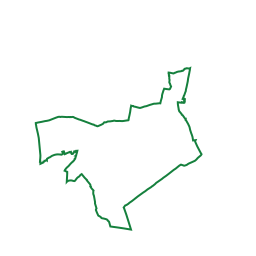 Vulpeni, Olt, Romania, rotated 311°
{"feature_id": "2599482B22802217840007", "entity_name": "Vulpeni", "entity_type": "district", "adm_level": 2, "iso_a3": "ROU", "parent_name": "Romania", "parent_adm1": "Olt", "projection": "robinson", "projection_center": [23.942, 44.455], "detail": "fine", "context": "isolated", "style": "outline", "palette": "green", "viewbox_px": 256, "rotation_deg": 311, "n_neighbors": 0, "source": "geoboundaries", "source_scale": "gbopen_adm2", "svg_char_len": 5559}
<svg xmlns="http://www.w3.org/2000/svg" viewBox="0 0 256 256"><g transform="rotate(311 128 128)"><path d="M155.0,200.9L156.3,200.8L156.4,200.7L156.6,200.4L156.7,199.8L157.8,196.9L159.6,192.3L161.3,188.6L161.8,187.6L162.2,187.3L163.2,187.0L161.3,185.3L163.6,182.5L164.7,180.7L165.5,179.2L167.3,176.2L168.5,174.6L168.8,174.2L169.3,173.4L170.5,170.7L171.9,166.7L171.8,166.3L172.2,166.0L172.7,165.6L172.4,165.4L173.5,160.9L173.4,160.4L173.3,160.0L173.3,159.9L173.7,159.3L173.8,158.6L174.1,157.0L174.2,155.8L174.6,155.2L175.2,154.1L175.5,153.9L175.8,153.5L178.0,150.8L178.9,149.8L180.1,148.7L182.0,151.6L182.7,151.5L182.9,151.6L182.9,151.9L182.9,152.0L182.8,152.3L182.8,152.5L183.3,153.1L183.6,153.7L183.8,153.8L184.0,153.4L184.4,153.2L184.8,153.7L185.0,153.7L185.5,153.2L185.4,152.8L185.4,152.7L185.6,152.7L185.8,152.8L185.9,152.7L185.8,152.4L186.2,152.3L186.5,152.0L186.8,152.2L187.1,151.9L186.2,151.0L185.9,150.5L185.8,150.2L187.0,150.1L187.0,149.8L187.1,149.7L187.5,149.6L188.1,149.5L189.0,149.0L189.4,149.0L190.3,148.7L192.5,147.8L193.2,147.6L193.9,147.3L195.0,146.5L197.0,145.5L202.4,142.5L204.8,140.9L209.3,138.4L210.8,137.5L212.6,136.5L212.9,136.2L213.9,135.6L213.4,135.4L212.8,134.9L212.5,134.5L212.4,134.2L211.5,133.0L211.1,132.9L210.6,132.5L210.4,132.2L209.7,131.9L209.3,131.9L209.1,132.1L208.1,131.9L207.5,131.9L207.0,131.8L206.6,131.2L205.8,130.9L204.5,129.8L204.2,129.5L203.9,129.2L202.5,128.2L200.7,127.4L200.1,126.9L199.6,126.8L199.2,126.7L198.8,126.3L198.7,126.0L197.9,124.6L197.3,123.5L196.5,122.3L196.0,122.7L195.7,122.9L195.5,123.4L195.2,123.7L195.3,123.7L194.8,124.6L194.2,125.2L192.3,126.8L192.0,127.1L191.7,127.7L191.4,128.0L190.5,128.5L189.7,129.2L189.5,129.3L189.2,129.9L189.0,130.6L188.0,132.2L187.7,133.1L187.6,133.3L185.1,134.0L184.7,134.0L184.2,133.8L182.9,131.9L181.4,129.5L180.4,129.9L179.7,130.1L176.0,131.7L174.6,132.5L173.7,133.3L171.8,134.2L170.2,134.9L167.8,136.2L167.3,135.5L165.9,134.2L164.8,133.2L163.8,132.1L162.9,131.3L162.5,131.1L159.7,129.3L156.5,127.5L155.0,126.3L153.0,125.2L151.4,124.2L151.0,123.9L150.8,123.6L150.0,122.1L148.8,119.6L148.0,118.2L147.9,117.8L148.0,117.5L147.2,116.4L147.0,115.9L146.9,116.0L146.8,115.9L146.7,115.9L144.9,116.9L144.4,117.2L141.5,119.1L138.5,120.8L136.8,121.7L135.5,122.4L135.0,122.8L134.3,123.2L134.1,123.2L133.9,123.1L133.1,122.3L130.6,120.2L129.4,119.1L128.3,117.7L127.7,116.9L126.1,115.2L125.2,114.0L124.9,113.3L124.5,112.8L124.0,112.3L123.4,112.0L122.4,111.1L121.2,110.1L119.7,108.5L119.3,108.3L117.9,107.7L117.6,107.4L117.0,106.7L116.8,106.4L116.4,106.3L114.9,106.4L114.3,106.2L113.0,105.7L110.5,104.5L109.7,104.1L109.2,103.7L108.9,102.9L108.8,102.3L108.3,101.4L108.2,101.1L108.1,100.6L108.1,100.0L107.4,98.8L105.9,94.6L105.2,92.7L104.7,91.4L104.4,90.5L103.8,89.1L103.4,88.0L102.8,86.4L102.4,85.7L102.0,84.6L100.7,81.0L100.6,80.4L100.5,79.7L100.4,79.5L100.0,78.9L99.3,78.3L98.4,77.2L98.1,77.1L98.0,76.8L97.7,76.4L95.9,74.4L93.3,71.0L92.5,70.1L91.9,69.7L91.6,69.0L91.2,68.6L90.7,68.1L88.8,67.0L84.8,64.9L82.1,63.5L80.2,62.1L78.7,60.8L76.0,58.8L73.0,56.4L72.1,55.8L71.5,55.2L71.3,55.1L70.3,56.1L69.6,57.1L68.7,58.1L68.0,59.0L66.8,60.7L64.4,64.0L61.9,67.2L50.4,79.3L49.7,80.0L47.7,81.6L46.8,82.2L44.8,83.7L45.1,84.0L43.5,85.4L45.5,86.3L46.4,86.7L47.0,86.3L47.3,86.6L47.8,86.8L48.1,86.7L48.5,86.5L49.0,87.1L49.2,87.3L49.4,87.3L49.8,87.2L49.9,87.3L50.0,87.5L50.4,87.8L50.4,88.0L50.9,87.6L51.7,87.1L53.9,87.8L54.5,88.2L57.1,88.9L59.4,90.1L60.5,90.9L61.3,91.6L61.6,91.8L62.5,92.9L63.9,94.7L64.0,95.1L64.7,95.5L65.5,95.9L65.8,95.7L66.4,95.0L66.8,94.3L66.9,94.0L67.2,94.1L68.1,94.7L68.3,95.0L67.6,95.8L67.5,96.1L67.4,96.9L66.9,97.5L67.9,98.0L68.0,97.9L68.3,98.0L69.3,98.6L71.0,99.4L71.6,99.7L71.5,99.9L71.5,100.2L71.6,100.5L72.5,100.7L71.5,102.5L72.2,103.3L73.0,103.3L73.3,103.2L73.7,103.2L73.9,103.1L74.0,103.2L75.2,102.8L75.3,103.0L75.5,104.0L76.0,104.0L76.4,104.1L76.5,104.0L76.1,103.2L77.6,104.7L75.5,105.8L74.1,106.4L73.4,106.7L73.2,106.9L72.8,106.8L72.9,107.0L70.1,108.3L69.7,108.0L68.8,108.4L68.2,108.6L67.2,108.4L66.4,108.5L66.0,108.3L65.7,108.3L63.6,108.1L60.3,108.1L57.9,107.8L56.7,107.8L55.4,107.9L54.8,108.0L54.2,108.2L54.4,108.7L54.6,109.6L55.0,110.7L55.0,110.9L55.0,111.0L54.1,111.6L53.9,111.9L47.2,117.1L47.6,117.1L47.9,117.3L48.3,117.4L48.5,117.4L49.2,117.7L49.5,117.9L50.3,118.6L51.1,119.4L51.7,120.4L52.1,121.3L52.5,122.0L52.7,122.3L52.9,122.4L53.4,122.6L53.7,122.6L54.2,122.6L54.5,122.5L56.8,122.4L57.9,122.5L58.7,122.8L59.8,123.0L60.9,122.9L61.8,123.0L62.8,123.3L62.0,128.0L61.8,131.1L61.5,131.2L60.7,135.9L60.6,136.3L60.4,136.9L60.0,137.3L59.6,137.8L59.5,138.2L59.1,138.1L58.5,140.2L58.2,143.0L57.7,143.2L57.0,143.7L55.7,144.8L55.0,145.7L54.9,146.1L54.3,147.0L50.5,151.7L50.2,152.0L49.8,152.2L49.4,152.6L46.7,156.9L46.5,157.1L45.9,157.1L45.5,157.3L45.1,157.5L43.8,160.0L42.5,162.8L42.4,163.2L42.7,164.4L42.9,165.6L42.8,166.3L42.7,166.7L42.7,167.2L42.9,167.7L43.7,169.0L44.7,171.0L45.1,172.1L45.1,172.4L45.1,172.9L44.9,173.2L44.9,173.5L44.8,173.9L44.9,174.5L44.7,175.4L42.1,179.3L46.3,185.7L49.8,191.2L53.3,196.9L54.8,194.5L61.5,183.6L64.8,177.8L65.2,176.9L65.6,176.9L67.7,176.7L69.1,177.5L69.9,177.6L71.0,178.0L72.3,178.1L75.4,178.9L82.8,180.3L89.2,181.8L91.7,182.5L94.4,183.0L98.8,184.3L99.8,184.4L100.6,184.7L103.4,185.2L105.2,185.3L106.6,185.7L112.2,187.1L113.6,187.3L116.7,188.1L120.1,188.8L126.4,190.0L128.5,190.6L133.2,191.4L134.2,191.7L135.1,192.0L135.8,193.7L136.1,194.3L136.3,195.0L136.6,195.3L138.2,196.3L139.2,196.7L140.2,196.9L141.3,197.3L143.4,198.3L147.1,200.0L149.0,200.3L151.2,200.3L155.0,200.9Z" fill="none" stroke="#15803d" stroke-width="2"/></g></svg>